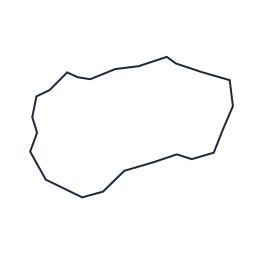 Agios Nikolaos Soleas, Cyprus (Natural Earth projection), rotated 14°
{"feature_id": "46923920B37444624958942", "entity_name": "Agios Nikolaos Soleas", "entity_type": "district", "adm_level": 2, "iso_a3": "CYP", "parent_name": "Cyprus", "parent_adm1": "", "projection": "natural_earth1", "projection_center": [32.87, 35.098], "detail": "fine", "context": "isolated", "style": "outline", "palette": "slate", "viewbox_px": 256, "rotation_deg": 14, "n_neighbors": 0, "source": "geoboundaries", "source_scale": "gbopen_adm2", "svg_char_len": 444}
<svg xmlns="http://www.w3.org/2000/svg" viewBox="0 0 256 256"><g transform="rotate(14 128 128)"><path d="M55.5,88.8L42.9,110.0L31.5,119.5L32.5,140.7L40.9,154.5L38.8,174.6L60.7,198.0L100.3,206.4L119.1,195.8L134.8,170.4L161.9,154.5L181.7,141.8L197.4,142.8L217.2,131.2L220.4,106.8L224.5,81.4L215.1,57.0L185.9,55.9L158.8,53.8L148.4,49.6L123.3,65.5L101.4,73.9L79.5,89.8L67.0,90.9L55.5,88.8Z" fill="none" stroke="#1e293b" stroke-width="2"/></g></svg>